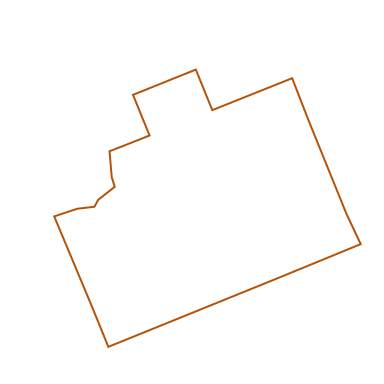 outline of Bureau, Illinois, United States of America, rotated 158°
{"feature_id": "52423323B68616856525680", "entity_name": "Bureau", "entity_type": "district", "adm_level": 2, "iso_a3": "USA", "parent_name": "United States of America", "parent_adm1": "Illinois", "projection": "equal_earth", "projection_center": [-89.465, 41.367], "detail": "fine", "context": "isolated", "style": "outline", "palette": "amber", "viewbox_px": 384, "rotation_deg": 158, "n_neighbors": 0, "source": "geoboundaries", "source_scale": "gbopen_adm2", "svg_char_len": 409}
<svg xmlns="http://www.w3.org/2000/svg" viewBox="0 0 384 384"><g transform="rotate(158 192 192)"><path d="M145.5,80.0L55.1,80.5L57.0,114.2L57.1,215.5L56.5,260.0L142.5,260.3L142.6,304.1L210.3,304.2L210.2,260.3L238.6,260.5L253.2,260.7L260.9,235.7L261.7,225.8L281.9,219.9L288.0,214.9L304.9,219.5L328.9,221.0L327.7,125.7L327.6,98.5L327.6,79.8L145.5,80.0Z" fill="none" stroke="#b45309" stroke-width="2"/></g></svg>